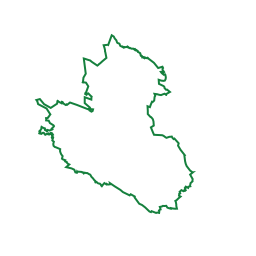 outline of Irlavas pag., Tukums, Latvia, rotated 39°
{"feature_id": "27541924B56900525469147", "entity_name": "Irlavas pag.", "entity_type": "district", "adm_level": 2, "iso_a3": "LVA", "parent_name": "Latvia", "parent_adm1": "Tukums", "projection": "natural_earth1", "projection_center": [22.976, 56.86], "detail": "fine", "context": "isolated", "style": "outline", "palette": "green", "viewbox_px": 256, "rotation_deg": 39, "n_neighbors": 0, "source": "geoboundaries", "source_scale": "gbopen_adm2", "svg_char_len": 5520}
<svg xmlns="http://www.w3.org/2000/svg" viewBox="0 0 256 256"><g transform="rotate(39 128 128)"><path d="M216.8,159.9L214.6,158.2L213.6,157.0L211.6,155.3L210.7,154.9L211.2,153.4L211.5,150.8L212.0,148.2L211.5,148.3L210.2,148.5L209.5,147.2L209.3,147.0L209.5,146.7L209.7,145.9L208.3,145.2L208.5,143.6L208.6,142.7L210.9,142.2L211.2,141.6L211.9,140.9L212.0,140.2L210.8,140.1L210.9,139.1L209.9,138.8L209.8,137.2L212.4,136.7L211.9,135.6L213.0,134.2L212.7,134.1L211.3,131.5L211.7,128.8L211.1,128.2L210.4,127.0L205.6,125.1L206.3,121.7L206.2,121.8L203.1,122.0L197.6,120.7L195.4,119.5L193.3,117.9L189.0,113.8L189.2,113.4L182.6,111.9L178.0,110.2L177.0,108.0L170.7,107.0L170.4,107.9L168.8,107.7L167.4,107.1L166.5,108.1L165.7,108.8L164.1,111.4L163.1,111.6L160.5,111.7L159.1,112.1L152.5,116.9L150.5,115.9L145.4,113.1L146.5,109.9L143.8,107.0L141.9,105.6L140.7,105.3L139.1,105.0L138.7,105.3L134.6,104.7L132.5,102.1L129.5,98.8L131.9,98.0L131.0,95.5L130.1,92.5L130.8,92.3L131.1,90.2L129.1,87.1L128.9,85.8L127.1,84.8L129.4,83.4L131.3,82.6L133.0,81.6L133.9,79.9L134.9,78.3L136.2,78.2L136.6,78.3L136.8,78.2L136.4,77.4L137.9,73.6L134.2,73.6L133.6,74.3L131.3,74.0L130.6,73.3L130.0,73.1L129.3,73.0L124.3,74.2L121.5,71.2L124.1,70.2L126.1,68.9L126.8,67.9L126.4,66.2L125.7,65.1L125.4,64.7L123.6,63.2L123.0,63.0L122.4,64.1L120.1,64.1L118.8,63.9L118.2,63.7L118.8,63.1L119.4,62.9L119.4,62.7L120.7,62.6L120.9,61.8L118.4,61.1L117.6,60.4L117.5,59.3L116.2,58.7L113.7,62.4L107.1,61.0L100.3,61.2L100.2,61.3L99.4,61.1L99.2,61.0L98.9,61.1L98.8,61.4L98.9,61.7L98.4,62.1L97.9,62.3L97.3,62.3L96.6,62.6L97.0,62.8L97.0,63.1L96.3,63.0L96.4,63.5L95.9,63.6L95.9,63.2L95.4,63.2L94.8,63.4L94.6,63.6L94.8,64.0L94.6,64.2L93.6,63.3L93.1,63.3L92.6,63.8L92.3,63.7L91.9,63.4L91.4,62.8L90.7,62.6L90.6,62.4L90.4,62.2L89.8,62.2L89.1,62.4L88.4,62.4L88.0,62.6L87.8,62.4L87.5,62.4L87.0,62.0L86.8,62.1L86.5,62.1L86.5,62.3L85.7,62.4L85.6,62.6L85.4,62.6L85.3,62.4L85.1,62.2L84.5,62.5L84.1,62.3L83.9,62.4L83.8,62.7L83.7,62.7L83.4,62.4L83.0,62.8L83.2,63.0L82.4,63.0L82.0,63.1L81.9,63.3L80.7,64.2L79.2,64.5L78.9,65.0L78.0,65.1L77.5,64.9L77.4,64.9L77.4,65.3L77.0,65.4L76.5,65.3L76.6,65.6L75.7,66.1L74.9,67.0L74.2,67.3L74.1,67.5L73.7,67.7L73.9,67.8L74.2,67.9L74.3,68.0L74.1,68.3L73.6,68.3L73.1,68.4L72.6,68.3L72.6,68.5L70.4,69.0L70.2,69.0L68.5,68.0L68.2,67.9L67.8,68.0L66.4,68.5L66.0,68.5L65.3,68.2L63.8,67.2L61.4,66.8L59.4,65.9L57.0,66.2L60.3,75.8L60.2,75.8L57.0,79.0L59.4,80.6L61.1,81.9L61.9,82.9L62.7,83.4L67.1,87.1L66.1,92.2L65.6,95.5L65.3,96.3L65.2,97.7L64.9,98.8L58.0,99.4L56.2,99.3L53.5,100.4L50.8,101.4L49.9,101.8L61.0,112.4L61.7,116.9L63.9,120.4L64.1,121.0L64.5,120.9L64.7,120.4L66.8,119.2L70.9,120.6L72.9,126.4L72.9,127.0L73.2,127.0L73.3,127.3L73.0,127.9L73.3,128.5L74.9,128.3L74.8,126.8L75.3,126.1L78.9,126.5L80.0,126.5L80.3,127.2L81.6,129.0L75.0,131.3L78.7,135.9L85.5,136.1L87.3,136.9L88.3,136.0L89.1,135.5L89.8,137.1L89.3,138.3L86.9,138.6L86.7,138.3L86.8,138.0L85.4,137.8L85.0,138.6L84.8,138.7L73.8,142.2L66.9,144.7L66.1,148.2L65.5,148.3L65.6,148.8L65.2,149.3L62.5,149.6L60.7,149.0L60.1,149.3L60.8,150.6L57.6,151.2L56.8,151.1L56.2,151.2L56.2,151.5L57.6,153.7L55.3,161.0L47.8,162.3L41.3,161.0L39.2,163.9L40.0,164.1L41.0,164.5L43.1,166.0L52.5,164.1L53.9,164.6L59.1,166.3L59.1,166.9L59.0,167.0L59.2,167.8L59.2,169.7L59.3,169.7L59.3,170.8L58.1,171.9L59.3,173.0L59.6,173.6L61.8,172.2L64.2,173.3L68.4,172.8L69.3,173.1L69.4,173.6L69.3,174.6L69.3,175.3L69.1,176.4L70.1,176.6L70.0,177.0L68.5,179.4L66.6,180.2L67.1,181.4L66.8,181.7L65.3,181.4L64.8,181.8L64.2,181.5L63.7,180.6L61.7,181.3L60.1,181.5L60.3,182.0L61.2,183.1L61.3,184.8L61.4,185.0L61.1,185.8L61.1,186.1L61.2,186.3L61.6,186.2L62.2,186.1L62.4,186.3L62.3,186.6L62.2,187.5L62.4,188.0L62.7,187.9L62.8,187.5L63.3,187.2L64.1,187.3L64.3,187.2L64.7,185.8L65.0,185.1L65.3,185.0L65.8,184.8L67.5,185.4L68.0,185.3L68.2,185.1L68.2,184.5L68.4,183.8L68.9,183.3L69.2,183.2L69.5,183.3L69.7,183.2L69.5,182.8L69.5,182.6L70.2,182.7L70.7,182.7L70.7,182.4L70.3,182.1L71.1,181.9L71.7,181.3L71.9,181.0L71.8,180.8L71.1,180.6L71.0,180.4L71.2,180.2L72.3,179.9L74.0,180.5L73.9,180.9L73.3,181.3L73.3,181.5L73.7,181.8L74.3,182.1L75.0,182.2L74.9,182.4L74.7,182.6L74.7,182.9L74.7,183.3L75.0,183.5L75.6,183.0L76.0,182.9L77.0,185.3L79.0,185.3L79.3,186.0L80.0,187.5L81.4,188.7L83.1,188.8L84.0,188.4L88.6,187.1L89.7,188.7L91.0,189.6L92.7,190.5L94.9,191.0L96.0,193.4L97.0,193.4L99.3,192.6L99.3,193.2L100.2,193.5L100.7,193.5L101.0,193.2L101.6,192.9L102.4,193.4L102.8,193.5L103.9,193.6L105.3,193.3L104.6,197.3L109.6,194.9L112.5,194.2L115.0,195.6L116.4,195.0L115.8,193.8L116.5,193.9L116.7,193.3L119.8,191.2L120.5,191.3L120.9,190.9L122.1,191.1L122.0,190.3L122.3,190.1L122.7,190.1L123.3,189.5L123.8,189.4L124.6,188.7L124.9,188.6L126.8,188.4L127.5,188.1L128.6,188.2L130.1,188.9L132.7,189.2L134.4,189.7L135.9,189.7L136.4,190.5L136.9,190.7L137.2,190.0L137.6,189.7L138.6,189.9L139.6,189.8L140.3,189.5L141.1,189.0L142.6,189.1L143.0,189.2L143.3,189.6L144.3,189.7L144.2,187.8L144.3,185.7L145.0,185.7L145.6,185.5L146.5,185.5L146.4,184.9L147.0,184.8L147.4,184.8L147.6,184.7L148.0,184.6L149.6,182.9L149.4,182.6L148.8,182.2L154.5,181.7L161.1,180.9L164.4,181.0L171.7,179.3L171.8,177.8L176.4,177.0L176.8,177.8L184.4,179.8L187.3,179.0L191.3,178.9L197.2,179.4L198.8,178.9L198.7,177.8L203.3,176.3L203.9,175.3L205.6,174.4L204.9,173.2L204.0,172.7L204.1,171.7L204.6,170.8L203.8,170.2L202.4,169.3L203.7,167.7L204.1,166.6L205.4,165.7L206.7,164.4L208.7,165.1L210.2,164.6L212.0,163.8L211.6,163.3L213.6,162.3L215.4,161.1L216.8,159.9Z" fill="none" stroke="#15803d" stroke-width="2"/></g></svg>